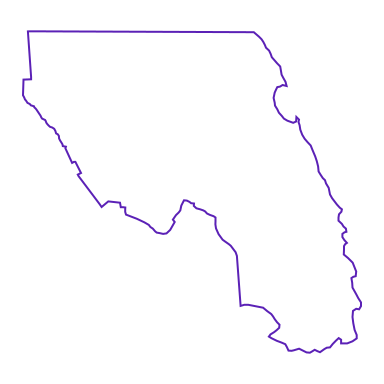 Kota Tinggi, Johor, Malaysia (Albers equal-area conic projection)
{"feature_id": "92858781B34033962801246", "entity_name": "Kota Tinggi", "entity_type": "district", "adm_level": 2, "iso_a3": "MYS", "parent_name": "Malaysia", "parent_adm1": "Johor", "projection": "albers", "projection_center": [103.994, 1.692], "detail": "fine", "context": "isolated", "style": "outline", "palette": "violet", "viewbox_px": 384, "rotation_deg": 0, "n_neighbors": 0, "source": "geoboundaries", "source_scale": "gbopen_adm2", "svg_char_len": 2900}
<svg xmlns="http://www.w3.org/2000/svg" viewBox="0 0 384 384"><path d="M62.8,146.1L65.9,146.7L65.4,148.3L72.1,162.9L73.9,161.9L75.4,161.9L81.0,173.0L77.8,174.6L78.6,176.2L99.6,204.1L101.6,207.0L108.3,201.4L120.0,202.7L120.8,207.2L123.1,207.2L125.3,207.5L125.2,209.3L125.2,211.9L126.0,214.6L136.9,218.8L144.3,222.3L148.8,224.9L150.4,227.0L152.8,228.6L155.1,231.3L156.7,232.6L159.6,233.1L163.1,233.9L166.5,233.4L170.2,229.9L174.7,222.0L172.9,219.6L176.0,215.1L178.7,212.5L180.3,210.4L181.3,205.6L184.0,200.3L186.9,200.6L189.5,201.9L191.1,203.2L194.0,203.5L193.8,205.9L196.4,208.3L200.1,209.3L203.3,210.4L205.1,211.4L207.0,213.5L209.9,214.9L213.6,216.2L215.5,217.5L215.5,221.2L215.4,224.4L216.0,228.4L218.6,234.2L220.5,236.8L222.6,239.7L225.2,241.6L228.9,244.2L230.8,245.8L233.2,249.0L235.6,252.2L236.9,255.9L240.6,305.9L244.3,304.8L248.3,304.8L263.1,307.7L267.3,311.2L271.3,314.1L273.1,316.5L274.7,319.1L277.1,322.3L279.5,324.7L279.2,327.8L276.6,330.2L274.2,332.1L270.5,334.4L268.9,336.6L271.5,338.2L276.8,340.8L281.6,342.6L285.3,344.2L286.9,347.1L288.5,350.6L291.6,350.8L293.8,350.3L299.1,348.7L306.5,352.4L309.9,352.7L311.8,351.6L314.7,349.8L317.3,351.1L320.0,352.2L324.5,349.0L326.8,347.7L330.0,347.4L332.7,344.0L336.1,340.5L338.7,338.1L341.1,339.7L341.1,343.4L347.2,343.4L352.5,341.3L356.7,338.4L356.7,335.0L354.6,329.9L353.3,323.3L352.5,317.0L353.0,310.9L356.2,308.8L359.1,309.3L361.0,306.1L361.0,302.4L358.3,298.2L356.2,294.2L352.5,287.6L352.2,282.8L351.4,278.1L353.3,276.8L355.7,276.2L356.2,271.5L354.6,267.5L352.7,262.7L350.6,260.6L348.0,258.0L343.8,254.5L344.0,249.5L344.0,246.1L345.1,244.2L346.9,242.9L344.3,240.0L342.4,237.1L342.4,233.9L344.5,232.3L346.4,231.8L345.9,228.6L343.5,226.5L341.9,223.9L338.5,220.7L338.5,217.5L339.0,214.3L341.4,211.7L341.9,209.3L339.8,207.7L336.9,204.5L332.1,198.2L330.0,194.5L328.7,187.9L326.0,183.4L325.0,180.2L322.8,178.1L320.5,174.6L318.6,171.5L318.1,166.4L316.8,161.2L315.2,156.4L312.5,150.0L310.7,145.5L307.5,142.1L304.6,138.7L302.2,134.7L300.3,129.7L299.6,125.2L298.5,122.0L299.0,119.6L296.4,117.0L296.1,121.5L293.2,122.8L287.4,120.7L283.9,118.6L281.8,115.9L278.9,112.7L277.3,109.3L275.0,105.6L274.7,102.7L273.6,97.9L274.7,92.6L276.0,89.7L277.3,87.1L280.0,86.6L282.6,85.0L286.6,86.0L285.5,81.8L283.4,78.1L281.6,74.7L280.8,69.9L280.2,66.5L277.1,63.3L271.8,57.2L270.7,54.0L269.1,50.6L266.0,47.7L264.9,45.0L263.3,41.9L261.5,39.2L259.1,36.8L253.8,32.2L29.5,31.3L27.9,31.4L31.1,77.0L31.1,79.3L23.5,79.6L23.0,95.3L23.7,96.5L24.3,97.7L25.0,99.5L25.7,100.2L26.6,101.5L27.5,102.9L28.8,103.5L30.0,104.2L30.8,105.3L32.4,105.8L34.0,106.3L34.3,107.3L35.5,108.4L36.4,109.5L39.0,113.4L40.5,115.6L41.3,117.4L42.1,118.6L43.6,119.3L45.1,120.0L45.7,121.0L46.3,122.7L47.3,124.1L48.6,125.5L50.0,126.8L52.2,127.5L54.2,128.8L55.4,131.0L56.1,133.4L57.8,134.3L58.9,136.0L59.1,138.5L60.1,140.5L61.5,142.7L62.5,144.4L62.8,146.1Z" fill="none" stroke="#5b21b6" stroke-width="2"/></svg>